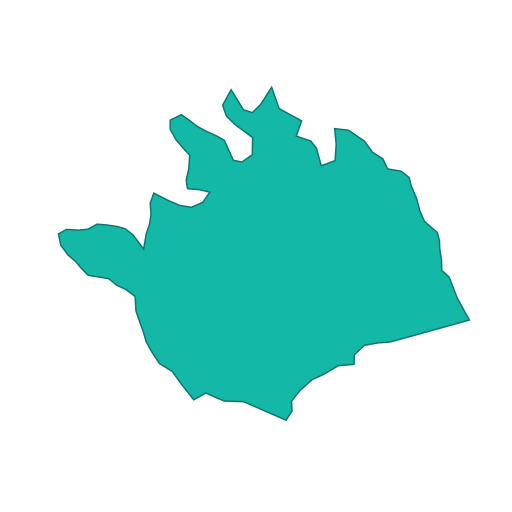 Bom Progresso, Rio Grande do Sul, Brazil (Natural Earth projection), rotated 248°
{"feature_id": "56859067B54458267467801", "entity_name": "Bom Progresso", "entity_type": "district", "adm_level": 2, "iso_a3": "BRA", "parent_name": "Brazil", "parent_adm1": "Rio Grande do Sul", "projection": "natural_earth1", "projection_center": [-53.832, -27.54], "detail": "fine", "context": "isolated", "style": "filled", "palette": "teal", "viewbox_px": 512, "rotation_deg": 248, "n_neighbors": 0, "source": "geoboundaries", "source_scale": "gbopen_adm2", "svg_char_len": 1506}
<svg xmlns="http://www.w3.org/2000/svg" viewBox="0 0 512 512"><g transform="rotate(248 256 256)"><path d="M345.1,120.5L343.8,110.5L346.3,101.4L351.6,90.3L350.5,81.1L339.1,79.1L327.3,82.1L318.2,86.8L310.7,89.2L301.0,93.1L295.7,102.0L290.1,111.0L281.0,116.0L273.8,122.7L263.8,128.8L250.0,124.1L238.2,123.5L227.8,123.1L217.6,122.1L208.0,123.1L200.0,124.7L192.5,126.2L180.3,135.1L164.9,138.9L146.0,144.4L147.8,158.0L133.4,172.2L125.6,189.9L92.5,222.3L98.7,231.3L108.0,234.5L114.7,246.1L120.4,261.9L120.9,274.3L123.5,291.1L118.8,306.3L127.6,310.2L132.6,323.1L129.7,336.7L126.0,348.3L116.7,429.8L141.8,426.8L164.1,427.2L173.0,422.8L182.4,426.4L193.0,428.8L201.7,431.9L209.8,432.9L224.8,425.2L236.1,424.8L249.8,426.4L262.9,426.2L271.3,427.4L280.2,422.3L287.5,410.6L298.6,410.0L308.5,402.9L321.9,399.6L337.9,388.9L344.6,376.7L329.6,372.2L314.8,365.1L315.2,350.3L333.4,352.4L342.0,349.9L352.1,338.2L364.2,348.9L383.9,332.7L406.6,333.7L394.7,316.9L390.3,306.3L396.2,299.2L419.5,295.2L408.3,281.6L396.8,281.0L386.1,285.6L367.1,297.2L351.3,290.5L348.4,278.1L353.3,270.8L363.9,270.4L375.1,270.0L381.5,264.9L390.3,256.6L398.6,249.7L406.1,245.5L415.0,239.6L414.1,227.4L405.7,223.9L393.6,225.4L381.8,229.4L374.3,232.3L362.1,226.4L352.5,219.7L344.1,217.7L338.7,228.4L332.5,237.1L325.7,226.8L325.4,214.2L331.6,204.1L340.9,194.9L352.6,184.8L344.6,177.7L333.7,174.2L325.4,169.2L317.9,162.7L304.5,154.4L321.6,149.9L330.4,144.8L335.8,137.7L340.9,128.8L345.1,120.5Z" fill="#14b8a6" stroke="#0f766e" stroke-width="1.5"/></g></svg>